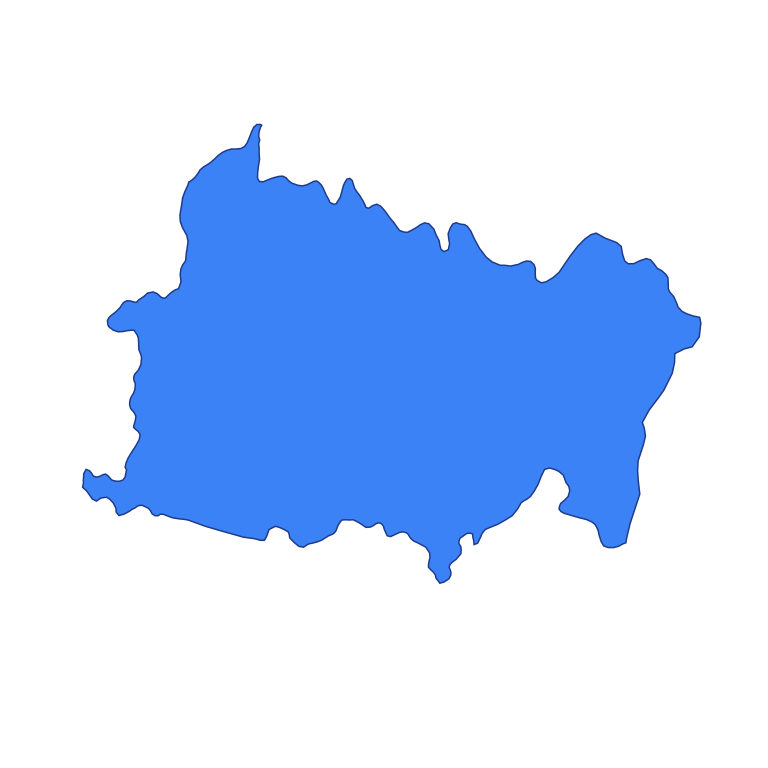 Kobryn, Brest, Belarus (Mercator projection), rotated 290°
{"feature_id": "67162791B1192676397695", "entity_name": "Kobryn", "entity_type": "district", "adm_level": 2, "iso_a3": "BLR", "parent_name": "Belarus", "parent_adm1": "Brest", "projection": "mercator", "projection_center": [24.483, 52.154], "detail": "fine", "context": "isolated", "style": "filled", "palette": "blue", "viewbox_px": 768, "rotation_deg": 290, "n_neighbors": 0, "source": "geoboundaries", "source_scale": "gbopen_adm2", "svg_char_len": 5871}
<svg xmlns="http://www.w3.org/2000/svg" viewBox="0 0 768 768"><g transform="rotate(290 384 384)"><path d="M507.1,131.5L503.9,131.7L496.4,131.1L489.9,131.1L484.2,132.4L478.0,133.5L472.5,134.6L466.7,137.2L461.9,141.3L458.4,145.3L456.4,147.7L450.9,151.1L443.7,152.7L439.2,153.5L432.0,155.4L427.4,154.2L422.7,153.8L417.3,155.0L412.5,157.4L410.3,158.3L403.3,158.3L400.5,155.1L396.3,152.2L391.3,149.8L389.5,148.5L389.2,145.5L389.9,143.4L390.7,141.6L391.4,139.7L391.5,135.5L388.6,130.7L383.9,128.3L379.0,124.6L376.0,123.4L375.5,120.9L375.3,117.2L374.2,113.8L371.7,111.5L369.1,110.7L365.7,109.9L361.0,107.8L358.1,106.1L354.8,104.0L352.3,102.9L349.0,102.4L345.2,104.3L343.7,105.8L342.0,111.1L342.1,116.3L344.1,120.9L345.9,123.8L347.8,127.4L349.0,130.8L345.6,135.4L343.2,137.4L338.7,139.4L336.0,140.4L332.3,142.0L329.4,144.6L327.7,146.1L325.3,147.3L319.6,148.8L317.8,148.8L313.6,148.5L311.6,147.9L307.9,146.4L305.5,146.4L303.3,147.0L301.2,148.4L299.3,150.1L297.2,150.9L294.2,151.6L291.9,151.8L289.4,151.7L285.6,150.9L282.7,150.8L280.1,151.2L277.6,152.0L276.0,153.1L274.4,154.2L272.5,157.5L271.2,159.5L269.0,161.8L265.3,162.7L258.9,163.2L257.6,163.6L256.6,165.7L255.1,169.7L252.8,172.2L247.9,173.0L241.4,172.0L233.6,170.2L227.2,168.9L221.9,168.6L217.2,169.2L215.5,171.3L211.9,172.0L207.7,172.5L204.5,171.5L202.3,168.9L201.3,166.4L200.7,163.4L200.8,160.6L202.1,158.3L203.4,156.0L204.1,153.2L202.9,151.2L199.7,148.1L198.1,145.5L198.1,142.3L200.1,139.8L201.7,137.2L201.9,133.3L198.5,132.7L197.1,132.5L193.6,133.6L190.6,134.4L188.3,135.4L185.7,135.8L183.8,136.1L181.9,141.0L180.5,143.1L177.8,146.9L176.2,149.1L175.6,153.8L180.0,157.0L182.7,161.9L181.9,165.8L179.4,170.6L175.4,174.7L172.1,176.1L169.8,179.7L169.7,179.9L172.8,184.2L177.2,188.2L179.6,189.7L182.5,192.5L185.7,194.7L187.3,198.2L186.7,205.0L184.9,208.1L182.7,210.5L181.9,213.6L182.9,216.8L185.1,218.2L186.1,221.1L185.9,227.3L186.1,232.0L187.1,237.1L188.6,243.1L189.2,246.6L189.2,252.2L189.2,264.8L190.2,280.2L192.0,304.5L194.0,313.2L194.6,317.5L194.8,321.3L196.2,325.0L200.1,325.8L203.9,325.8L208.0,325.8L210.8,328.4L213.1,330.6L213.5,334.1L213.3,337.3L212.9,341.6L212.2,344.6L210.2,346.4L207.2,348.0L204.3,353.9L202.3,359.6L203.1,364.2L207.6,367.5L211.0,372.7L213.1,375.6L216.1,379.0L222.0,383.5L225.8,387.5L228.9,389.0L235.5,389.2L239.2,390.0L241.8,391.0L243.2,394.2L244.5,398.3L245.9,401.5L245.2,407.2L244.5,410.7L243.1,416.0L244.9,420.2L247.5,422.6L249.8,424.1L251.9,426.7L251.8,429.6L250.2,432.1L247.4,434.1L245.0,436.4L242.5,438.9L242.8,442.3L246.1,445.6L249.5,449.0L251.4,451.9L251.9,455.9L251.1,458.0L248.9,460.7L247.4,463.2L246.5,466.4L246.3,469.6L245.7,474.2L245.0,479.0L240.8,484.7L236.9,486.5L232.5,487.0L229.4,487.6L227.0,488.5L225.0,492.4L224.0,494.9L222.0,497.7L219.3,499.3L217.9,501.6L215.9,504.6L218.5,508.2L223.2,511.7L227.0,512.1L229.5,511.5L231.1,510.5L233.7,508.2L234.7,507.8L237.0,507.8L240.0,509.1L243.8,511.7L250.7,514.3L254.4,513.3L257.4,511.9L259.8,508.9L262.1,508.2L265.1,508.2L268.4,510.5L271.4,512.5L273.2,515.3L273.4,518.6L270.6,519.8L267.3,522.0L263.9,523.6L266.5,526.5L273.2,527.1L277.1,527.3L281.9,528.9L284.6,531.7L291.2,539.0L297.9,544.7L304.2,549.6L312.1,552.2L316.4,553.0L319.0,553.4L321.4,554.8L324.7,557.7L328.5,560.1L335.0,561.9L342.5,563.1L350.8,563.3L355.0,563.7L358.7,564.1L361.7,568.4L362.1,573.7L361.7,578.1L359.7,583.6L356.7,586.2L353.8,588.5L351.0,592.7L347.1,595.1L341.3,595.5L336.8,593.5L332.2,590.9L329.3,590.7L326.3,591.3L324.7,593.9L324.1,597.6L325.1,612.8L325.9,620.7L325.5,626.5L324.5,629.6L323.4,631.4L320.0,635.0L314.9,638.3L310.3,641.9L307.0,645.8L307.0,650.6L308.7,655.5L311.7,659.9L315.7,663.4L317.5,665.6L323.0,664.6L337.0,663.0L352.6,662.5L368.1,662.0L379.9,656.1L389.6,651.8L398.7,649.1L415.9,648.5L424.5,647.5L431.5,643.7L436.3,639.9L450.3,642.1L464.2,646.4L473.9,649.1L492.7,651.2L503.9,649.6L512.0,646.9L519.5,653.9L524.4,660.9L536.2,664.1L549.6,660.9L554.6,657.8L553.7,651.6L553.5,645.0L554.1,639.3L557.0,633.8L560.0,631.4L565.3,626.3L568.1,621.1L570.7,618.6L576.0,616.6L581.1,614.4L583.3,611.5L585.5,606.1L586.1,601.4L589.4,596.4L591.8,592.1L591.6,587.6L587.3,582.2L582.5,577.5L580.5,572.4L581.9,568.2L586.7,564.4L589.4,562.7L594.4,559.9L596.5,554.2L596.7,541.9L597.9,534.6L598.3,531.7L595.2,527.5L589.0,523.2L579.9,519.0L568.3,515.3L558.4,512.7L548.7,510.3L542.0,506.6L535.5,501.4L532.9,497.3L533.7,492.4L535.3,490.2L538.9,488.6L544.6,486.6L547.6,484.0L549.3,480.0L548.4,476.0L545.5,472.3L542.3,469.3L540.6,466.5L538.1,462.6L536.9,457.1L535.3,452.5L535.7,443.9L538.1,436.8L544.0,427.5L550.8,419.8L557.6,413.0L560.6,408.4L561.3,405.3L560.3,400.7L560.3,396.7L557.9,393.9L553.2,392.9L547.1,392.9L542.1,395.4L538.4,397.6L532.3,398.5L528.9,395.1L530.1,391.4L533.8,388.9L537.5,386.8L541.8,382.1L546.6,377.9L549.9,371.4L549.3,367.0L546.1,363.7L542.1,360.9L538.4,357.8L534.5,354.1L533.6,350.6L533.6,346.1L536.0,342.3L539.3,337.7L541.8,333.1L546.2,326.8L548.5,322.9L549.9,320.1L550.5,315.8L547.7,312.2L545.4,310.6L543.8,309.2L543.8,306.7L546.4,304.3L548.7,301.9L552.9,296.6L555.3,292.9L557.8,289.5L561.4,286.7L564.3,284.6L565.5,281.6L563.7,279.0L559.6,278.2L556.6,278.0L549.9,278.6L544.8,279.0L536.9,277.4L535.7,275.3L536.1,271.1L538.9,268.4L542.0,264.8L547.4,259.7L549.7,256.8L551.2,253.6L551.7,251.1L550.5,248.9L547.1,245.6L544.6,243.2L542.1,239.2L541.3,235.0L541.2,228.3L542.6,224.5L544.3,221.4L544.7,217.9L543.3,214.5L540.9,210.9L538.7,208.0L535.4,204.3L532.8,201.4L532.2,199.7L531.7,197.5L534.1,194.8L538.7,193.2L545.2,191.6L552.9,190.1L557.0,188.2L563.9,185.6L566.7,184.1L570.9,183.7L573.9,181.5L578.2,180.4L583.0,180.1L585.3,180.6L585.6,179.0L584.4,175.8L580.8,173.8L576.8,173.4L569.1,173.2L563.7,172.9L559.5,171.7L556.4,169.1L553.8,163.7L552.7,160.3L549.5,156.0L546.2,152.8L542.2,150.1L537.3,147.7L532.4,145.0L526.1,140.1L522.5,138.0L518.9,137.3L513.8,135.8L510.3,134.0L507.6,132.2L507.1,131.5Z" fill="#3b82f6" stroke="#1e3a8a" stroke-width="1.5"/></g></svg>